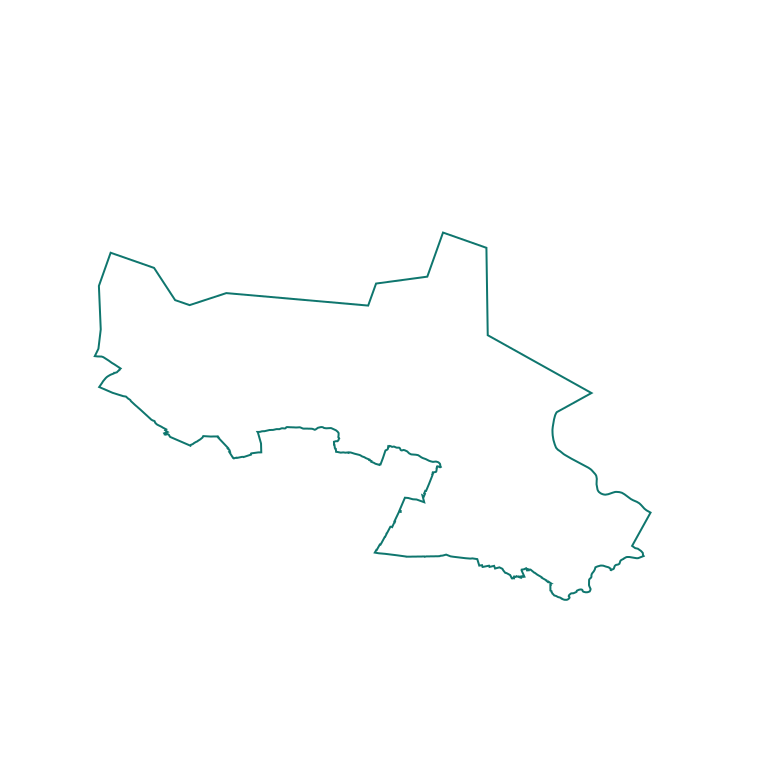 Noardeast-Fryslân, Friesland, Netherlands (Robinson projection), rotated 19°
{"feature_id": "6326949B34567378468725", "entity_name": "Noardeast-Fryslân", "entity_type": "district", "adm_level": 2, "iso_a3": "NLD", "parent_name": "Netherlands", "parent_adm1": "Friesland", "projection": "robinson", "projection_center": [6.071, 53.368], "detail": "fine", "context": "isolated", "style": "outline", "palette": "teal", "viewbox_px": 768, "rotation_deg": 19, "n_neighbors": 0, "source": "geoboundaries", "source_scale": "gbopen_adm2", "svg_char_len": 6114}
<svg xmlns="http://www.w3.org/2000/svg" viewBox="0 0 768 768"><g transform="rotate(19 384 384)"><path d="M622.1,529.2L624.0,529.3L625.1,529.2L627.1,528.5L627.8,528.0L628.7,526.7L629.0,525.7L628.8,525.2L627.8,524.6L627.7,524.3L627.7,523.8L627.9,523.0L628.9,521.3L629.4,520.9L631.2,520.2L633.2,518.4L633.7,517.8L633.6,517.2L633.7,516.6L635.4,515.0L636.9,514.2L637.9,514.0L638.6,514.2L639.1,514.9L639.8,515.4L640.3,515.5L642.3,515.3L644.3,514.6L646.0,513.2L646.2,511.9L646.1,510.6L644.2,508.6L643.3,507.4L641.7,502.4L641.9,501.3L642.6,500.1L642.8,499.6L642.9,498.8L642.4,497.4L642.3,496.2L642.5,495.1L643.3,493.0L643.7,490.9L643.6,488.5L645.1,487.1L647.7,485.3L648.3,485.0L650.4,484.4L652.9,484.4L656.2,484.2L657.2,484.6L658.1,484.7L658.5,485.0L658.7,485.9L658.9,486.1L659.3,486.1L659.5,485.7L660.9,484.5L661.4,483.8L661.4,483.4L661.4,481.0L661.7,480.3L662.3,479.5L664.2,478.4L665.1,477.3L665.1,474.4L665.3,473.7L666.7,472.0L667.4,471.5L667.5,471.0L669.2,469.1L670.0,468.5L672.3,467.7L679.5,466.5L680.7,466.1L681.3,465.7L685.5,462.1L684.7,461.5L683.6,459.4L681.4,458.2L677.6,457.1L674.9,457.4L671.3,456.3L677.9,418.8L673.4,418.0L670.8,417.1L666.5,414.7L664.3,413.7L661.5,413.1L657.4,412.8L654.9,412.4L647.3,410.0L644.3,409.4L641.7,409.6L639.0,410.3L637.7,410.8L635.6,412.3L631.9,415.2L629.3,416.6L627.9,416.9L626.5,417.0L624.9,416.9L623.5,416.5L622.3,416.1L621.3,415.4L620.3,414.4L617.6,409.6L616.3,405.3L616.2,404.6L614.7,401.9L613.7,400.9L612.8,400.3L608.5,397.9L607.1,397.3L604.5,396.6L585.6,393.6L578.4,392.2L576.7,391.8L572.7,390.3L569.7,389.5L567.4,388.2L565.1,385.5L562.4,381.7L560.2,377.6L559.2,375.2L558.2,372.5L557.5,369.5L556.3,362.2L556.0,357.9L556.2,355.7L556.5,354.4L583.1,325.0L466.2,304.1L436.5,221.9L390.5,221.6L390.0,268.4L343.8,291.6L343.5,315.0L205.3,349.4L174.5,372.7L159.2,372.7L128.8,349.1L82.8,348.9L82.5,384.1L98.4,424.6L102.5,443.6L101.5,451.8L104.2,451.2L108.0,450.0L109.9,450.0L116.1,451.5L119.7,452.6L122.6,453.2L129.9,455.1L129.3,456.2L129.5,456.3L129.5,456.5L128.1,458.8L127.7,459.8L126.1,461.0L125.2,461.3L125.1,462.0L122.4,464.3L120.5,466.5L119.7,467.6L118.9,469.1L117.4,473.1L117.2,474.2L115.7,479.6L130.3,480.7L141.3,480.4L144.1,479.9L147.1,481.2L148.2,481.4L149.4,481.8L150.3,482.6L155.5,484.9L162.4,487.7L175.7,493.5L177.6,493.8L178.3,493.7L179.3,493.9L180.1,495.0L182.0,496.0L183.1,496.3L187.7,496.9L188.8,497.2L192.8,497.8L192.2,499.0L195.0,499.8L192.2,502.2L193.0,502.8L193.1,503.1L194.0,503.0L195.6,501.9L196.0,501.8L197.3,502.2L198.7,503.5L199.5,503.7L220.3,505.3L221.1,505.4L221.2,504.4L222.4,503.4L223.2,502.5L223.4,502.0L224.9,500.2L226.3,498.9L226.5,498.4L228.3,496.2L229.9,493.6L229.9,492.4L230.1,492.1L236.9,490.2L242.8,488.1L243.9,487.6L244.6,488.1L244.0,488.3L257.6,495.4L257.3,495.9L259.7,497.0L259.9,497.7L260.5,498.3L259.9,498.7L265.3,503.0L265.7,502.8L266.3,503.2L267.5,502.3L268.7,501.6L269.0,501.8L273.5,499.1L274.7,498.7L275.0,498.8L281.2,494.1L280.9,493.5L281.0,492.9L281.3,492.7L287.4,489.6L290.2,488.6L287.1,480.3L280.7,471.1L280.0,470.5L282.2,469.7L284.1,468.4L286.4,467.5L290.7,464.8L294.1,463.5L297.0,461.7L299.7,460.8L301.4,459.4L302.1,459.0L304.8,458.3L305.3,457.9L305.7,456.8L306.3,456.3L310.2,455.2L311.7,454.7L315.2,453.7L318.3,452.4L319.2,452.3L321.6,452.5L322.8,452.3L324.3,451.7L330.3,449.8L331.2,449.7L333.4,449.8L334.1,449.3L335.8,446.9L338.0,445.5L338.8,445.1L340.2,444.8L341.7,445.1L343.8,444.7L347.7,443.1L348.6,442.9L353.6,443.4L355.7,444.2L357.1,445.2L357.8,447.5L358.1,449.1L358.7,449.4L359.4,450.2L359.1,450.8L359.2,451.9L358.7,453.2L357.2,453.7L355.5,454.9L356.5,457.7L356.9,457.6L358.3,460.4L358.5,460.5L358.9,461.1L359.5,461.0L360.8,463.7L362.2,463.4L365.4,463.0L367.8,461.9L369.9,461.5L371.4,460.8L372.8,460.7L372.7,460.2L374.8,459.6L378.8,459.5L383.5,459.1L384.8,459.1L386.9,459.6L389.2,459.6L391.1,460.0L394.9,460.2L394.9,460.8L397.2,460.9L397.3,461.7L400.0,461.8L401.8,462.2L406.0,462.0L406.0,461.4L406.9,461.2L407.1,454.2L407.0,446.5L407.1,446.2L407.4,446.1L408.5,444.9L408.8,443.9L408.6,443.3L408.3,441.4L409.3,441.4L409.3,440.8L410.4,440.6L412.1,440.8L413.8,439.9L416.5,440.1L419.0,439.3L420.0,439.6L421.2,440.9L421.9,441.1L422.5,441.0L424.0,440.0L425.3,439.9L427.9,440.2L430.4,441.4L432.6,441.7L437.2,440.5L439.3,440.2L440.4,440.4L443.3,441.2L445.0,441.4L447.8,441.4L451.5,441.9L453.5,441.9L455.6,441.7L458.4,440.4L460.4,440.3L461.1,440.4L462.7,441.1L463.2,441.7L464.1,443.4L464.7,443.9L464.1,444.5L461.7,444.3L461.0,444.7L461.2,446.5L461.4,446.5L461.9,449.7L461.7,450.2L460.9,450.7L459.8,451.3L458.9,451.6L458.9,452.0L459.3,452.3L459.5,452.7L459.0,453.7L459.5,454.0L459.5,454.5L459.1,463.8L458.6,471.4L457.8,471.5L457.6,474.3L458.5,474.5L458.3,477.2L458.0,477.0L456.6,476.8L460.5,482.7L452.4,482.6L448.8,483.6L444.0,483.9L440.8,484.7L439.8,498.8L441.1,498.6L441.4,499.5L439.8,499.9L438.6,510.3L439.2,510.3L439.2,511.0L438.9,510.9L438.3,516.7L437.2,516.6L436.5,516.9L435.5,523.4L435.4,523.5L435.1,524.4L435.3,524.5L434.8,528.3L434.5,528.4L433.3,535.7L433.2,535.8L433.0,537.1L432.3,537.1L431.2,543.3L430.8,543.3L430.2,546.4L434.0,545.8L440.4,544.2L452.2,541.7L461.3,539.9L461.4,540.0L478.4,533.9L478.7,534.1L480.0,533.3L491.1,529.3L492.8,528.6L493.2,528.1L495.4,527.1L498.3,525.1L503.0,525.3L505.7,524.8L517.7,522.2L522.4,521.0L524.4,520.1L529.2,519.2L533.2,524.7L535.7,523.4L536.7,524.9L536.8,524.9L542.1,521.8L542.6,521.6L543.3,522.6L547.3,520.1L549.1,522.3L552.8,519.8L556.1,520.2L557.6,521.5L560.2,523.1L561.0,522.9L562.1,523.0L565.5,523.6L568.1,526.1L568.4,526.2L569.4,525.6L570.1,525.4L570.0,525.2L569.3,525.2L569.7,523.6L571.4,523.6L571.8,522.6L575.7,522.6L575.1,522.0L576.6,521.8L576.3,521.3L577.9,520.4L578.5,521.0L579.5,520.5L574.7,515.4L574.6,514.7L576.7,513.6L578.3,512.0L579.9,513.7L581.3,513.1L580.6,512.2L581.8,512.2L583.0,511.8L587.6,513.5L588.0,513.4L591.1,514.4L595.3,515.2L596.2,515.5L596.2,515.8L596.6,515.9L601.5,516.8L601.5,517.1L603.6,517.9L603.8,517.3L606.8,518.1L606.4,518.3L607.1,519.6L606.7,519.8L608.6,525.1L609.9,525.4L610.2,526.2L610.8,526.6L611.6,527.4L611.9,527.4L613.8,528.5L615.7,528.4L618.0,528.8L619.9,528.6L622.1,529.0L622.1,529.2Z" fill="none" stroke="#0f766e" stroke-width="2"/></g></svg>